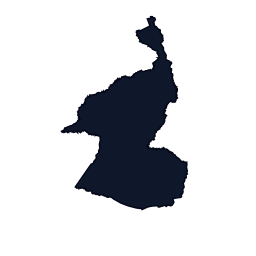 Aranyaprathet, Sa Kaeo, Thailand, rotated 153°
{"feature_id": "78962969B18658138340114", "entity_name": "Aranyaprathet", "entity_type": "district", "adm_level": 2, "iso_a3": "THA", "parent_name": "Thailand", "parent_adm1": "Sa Kaeo", "projection": "orthographic", "projection_center": [102.437, 13.671], "detail": "fine", "context": "isolated", "style": "filled", "palette": "ink", "viewbox_px": 256, "rotation_deg": 153, "n_neighbors": 0, "source": "geoboundaries", "source_scale": "gbopen_adm2", "svg_char_len": 5844}
<svg xmlns="http://www.w3.org/2000/svg" viewBox="0 0 256 256"><g transform="rotate(153 128 128)"><path d="M152.5,49.0L146.2,48.7L141.9,47.5L136.8,45.3L136.9,44.0L136.4,43.5L129.9,42.3L129.6,40.8L127.5,41.2L125.3,39.4L123.9,39.1L120.8,41.0L120.4,44.4L118.1,44.2L112.3,42.2L111.3,42.7L110.9,44.7L109.5,44.6L107.9,46.2L107.2,48.4L104.8,49.9L103.9,53.6L101.3,55.4L100.4,57.3L98.7,57.2L97.5,60.1L96.0,60.1L95.9,61.6L94.7,62.7L93.8,66.4L92.0,68.9L91.7,70.0L92.1,70.6L91.4,70.9L93.4,72.2L93.6,72.9L94.1,72.7L94.9,73.7L95.8,73.9L96.4,77.2L98.3,81.0L98.3,82.5L99.4,83.8L99.6,85.9L100.7,86.3L100.6,87.3L102.4,88.0L101.9,89.0L102.5,89.2L102.5,90.8L103.2,91.0L103.4,91.8L104.3,91.9L105.2,94.2L105.9,93.6L106.4,94.4L106.8,94.5L108.0,93.6L109.4,95.5L110.1,94.9L110.7,96.0L112.2,95.5L111.8,96.3L112.0,96.9L113.2,97.1L113.0,96.5L113.9,96.5L114.4,97.0L114.0,97.8L114.5,98.6L115.2,98.1L115.4,98.9L116.6,98.8L117.2,100.0L118.8,100.0L119.0,101.6L118.3,101.4L118.0,102.1L119.1,102.2L119.3,103.0L118.7,103.3L118.7,103.8L116.7,103.8L115.7,105.7L114.6,106.2L114.1,105.8L113.8,106.6L113.5,106.1L112.7,106.6L111.4,106.6L110.6,105.8L109.7,105.8L109.6,107.7L107.6,108.5L106.6,111.1L104.7,111.5L103.8,112.7L100.1,112.9L99.8,113.7L99.0,113.8L98.6,114.6L97.6,114.3L96.1,115.4L94.6,115.5L92.1,117.6L91.4,119.5L90.2,120.0L89.4,121.1L88.1,121.5L88.8,123.3L90.0,123.6L89.7,124.4L86.8,126.5L87.6,127.4L87.0,127.5L86.9,128.3L85.8,128.3L85.2,129.0L84.7,128.7L84.2,129.5L84.5,129.8L83.9,130.0L84.3,130.3L79.3,132.5L77.1,132.3L76.6,131.8L76.9,131.1L74.8,130.0L74.8,130.4L74.2,130.2L74.3,130.7L73.6,130.4L72.5,131.1L72.1,132.1L70.4,132.2L70.3,133.5L70.9,134.3L70.7,134.7L69.7,134.8L69.4,135.2L69.9,135.6L69.4,136.8L68.5,137.5L68.3,138.5L67.9,138.2L67.6,138.5L68.4,139.1L68.1,139.5L67.4,140.1L66.8,139.6L66.3,140.6L66.8,142.0L66.0,142.5L66.8,142.9L66.5,144.1L67.2,144.9L66.7,144.9L66.7,145.9L67.1,146.2L66.4,147.5L67.0,149.1L66.0,149.9L66.3,151.8L65.6,152.1L65.5,153.8L65.0,153.6L64.1,154.9L63.8,156.0L64.7,157.0L64.0,158.4L64.2,159.1L63.0,159.6L62.4,161.0L63.4,162.3L62.7,164.1L59.8,165.9L59.5,166.8L60.6,167.5L60.6,168.5L62.9,171.3L62.9,172.3L60.9,175.7L61.2,180.9L60.0,183.5L60.5,188.4L59.5,189.3L58.1,189.2L57.8,189.9L56.9,190.1L56.9,191.2L56.1,192.1L56.3,193.3L55.7,193.6L55.2,194.9L55.7,195.1L55.6,196.4L56.2,197.2L55.7,199.1L54.8,200.7L56.5,203.0L56.7,205.1L58.0,207.1L57.1,209.9L57.8,210.9L55.5,211.4L54.3,212.4L54.3,214.0L55.9,215.3L55.7,216.1L56.3,216.5L57.3,216.9L57.9,215.5L61.2,216.5L62.1,208.9L72.7,209.0L74.1,209.1L73.8,210.1L76.3,210.5L76.5,209.7L77.1,209.6L77.1,207.5L78.2,206.9L78.0,205.7L77.2,205.6L77.2,203.8L77.8,203.4L77.2,202.2L77.6,200.3L78.1,200.1L77.6,199.6L78.0,199.3L77.3,198.8L76.9,199.2L76.7,197.3L72.9,193.6L72.4,192.2L72.8,191.8L71.8,191.7L71.7,190.6L71.2,190.3L71.4,189.8L70.6,188.9L70.4,187.1L68.1,184.2L67.1,183.7L67.0,182.7L67.5,182.3L67.0,182.3L67.8,181.3L68.0,179.7L67.6,179.0L68.0,178.4L67.6,178.2L68.0,177.4L68.8,176.7L69.3,176.9L69.0,176.5L69.6,176.0L74.0,174.7L74.5,174.9L75.2,173.9L75.6,174.3L76.1,173.8L76.5,174.2L76.8,172.3L76.5,171.5L77.0,171.6L77.2,170.7L78.7,169.8L78.4,169.5L78.9,168.6L81.8,169.0L81.5,169.7L82.2,169.6L82.9,170.3L85.2,170.4L86.5,171.1L87.7,170.8L89.5,171.8L89.9,173.1L90.3,172.8L91.7,173.5L92.6,173.2L93.5,173.7L94.5,172.9L95.9,173.6L96.8,173.2L98.7,173.3L99.1,172.1L99.2,172.6L100.1,172.4L100.4,172.0L100.1,171.8L101.3,172.1L101.2,171.6L101.8,171.4L103.7,172.2L104.1,171.9L104.6,172.4L104.3,172.9L104.9,172.8L105.0,173.4L105.9,173.5L105.8,174.2L106.8,175.5L107.5,175.2L107.9,175.8L108.8,175.9L108.9,175.5L110.2,176.3L111.9,175.0L113.0,176.0L113.4,175.6L113.9,176.1L114.0,175.5L114.5,175.9L114.8,175.7L115.0,176.5L115.8,175.7L116.2,175.9L116.2,175.2L116.7,175.4L117.4,174.8L117.4,175.6L118.3,175.8L119.5,174.5L120.3,174.6L120.3,173.8L122.1,173.9L123.0,173.1L123.2,173.9L124.1,174.2L125.0,172.9L126.3,172.9L127.4,171.2L128.2,171.0L129.4,171.7L130.7,171.1L131.0,171.5L131.6,170.8L132.6,171.2L132.8,170.9L132.9,171.8L133.3,171.3L134.4,171.6L134.6,172.3L135.8,171.6L136.7,171.7L137.8,172.8L139.4,173.2L140.6,172.9L140.6,172.4L141.4,172.5L144.2,173.5L145.2,173.4L146.0,174.3L146.9,173.9L147.3,174.5L147.8,173.4L148.9,173.6L149.1,174.0L149.2,173.5L149.8,173.9L149.8,173.5L151.6,173.6L153.4,172.5L153.1,172.0L155.1,170.4L155.2,169.6L155.6,170.1L157.0,168.9L158.4,169.8L159.9,168.3L162.5,168.2L163.1,166.5L165.6,165.2L165.5,163.9L166.4,163.0L166.2,162.2L166.9,161.9L166.5,160.6L167.1,160.0L166.7,158.2L167.6,158.8L167.6,157.7L169.3,157.5L169.8,156.7L173.7,155.7L173.9,156.1L174.7,156.1L177.0,155.4L177.6,156.0L183.6,156.5L184.0,155.3L184.4,155.2L184.9,155.4L184.6,155.7L184.8,156.3L185.4,155.5L186.5,155.2L188.7,155.3L188.6,154.1L188.0,154.1L187.2,153.1L184.2,152.7L183.9,151.5L183.5,151.7L182.9,151.1L182.7,152.1L181.3,151.7L180.1,150.2L179.2,150.3L178.9,149.0L178.2,148.7L176.8,148.5L175.9,148.9L175.1,146.9L174.8,148.0L174.0,147.9L172.5,145.7L172.1,146.2L171.2,145.6L170.4,146.6L169.3,146.5L169.2,145.6L167.9,145.9L167.3,144.5L166.7,144.4L166.7,143.3L166.2,143.3L165.6,139.9L164.1,139.6L163.7,138.7L163.2,139.0L162.8,138.1L162.0,138.3L161.7,137.4L160.4,137.7L160.6,137.2L160.0,136.9L160.5,136.2L159.1,136.2L159.2,135.6L156.5,133.1L157.4,131.9L157.8,130.2L160.8,126.6L162.4,122.6L164.4,121.1L165.3,119.2L168.7,118.3L169.3,117.5L169.0,117.1L169.4,116.2L170.6,115.0L173.8,113.6L174.4,112.4L177.5,112.4L201.7,99.4L200.9,97.7L199.1,97.0L199.2,96.3L198.5,96.7L197.4,95.7L196.7,95.9L195.2,94.8L195.0,94.1L193.9,93.9L194.0,92.7L193.3,92.3L193.8,91.4L193.1,90.5L191.3,89.4L190.6,89.7L189.2,88.2L189.6,86.0L189.1,85.3L188.0,85.2L187.1,83.9L186.4,84.0L186.5,83.3L185.0,82.5L184.0,80.9L182.6,81.0L181.1,80.3L180.9,79.3L180.2,79.1L179.9,78.1L179.1,78.0L178.1,76.0L176.9,75.2L175.8,75.2L174.2,73.8L172.9,71.1L168.5,64.5L163.0,58.4L157.0,53.1L153.9,50.9L152.7,50.7L152.5,49.0Z" fill="#0f172a" stroke="#020617" stroke-width="1.5"/></g></svg>